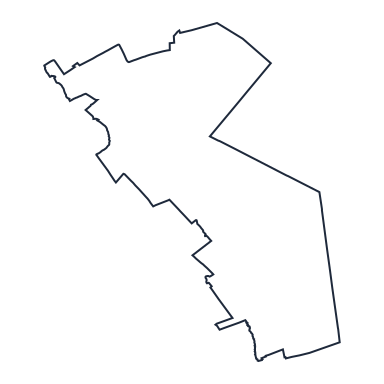 outline of Ripiceni, Botosani, Romania
{"feature_id": "2599482B27796120382468", "entity_name": "Ripiceni", "entity_type": "district", "adm_level": 2, "iso_a3": "ROU", "parent_name": "Romania", "parent_adm1": "Botosani", "projection": "equal_earth", "projection_center": [27.135, 47.902], "detail": "fine", "context": "isolated", "style": "outline", "palette": "slate", "viewbox_px": 384, "rotation_deg": 0, "n_neighbors": 0, "source": "geoboundaries", "source_scale": "gbopen_adm2", "svg_char_len": 5552}
<svg xmlns="http://www.w3.org/2000/svg" viewBox="0 0 384 384"><path d="M339.7,342.3L338.2,329.3L337.9,327.7L332.3,287.9L329.9,269.6L329.8,269.1L329.7,268.2L327.1,249.4L321.9,210.0L322.0,209.4L319.4,192.1L288.1,176.1L287.3,175.8L286.4,175.4L235.6,149.2L220.3,141.4L219.2,140.9L218.4,140.7L209.9,136.4L238.1,102.6L248.0,90.6L249.6,88.7L270.8,63.2L242.7,38.7L230.1,31.0L229.7,30.7L217.0,23.0L191.7,30.2L180.1,32.9L179.3,30.5L177.5,31.8L174.9,34.9L173.8,36.0L174.2,42.7L169.7,43.2L169.8,50.1L167.0,50.5L163.0,51.3L150.4,54.6L147.3,55.6L146.1,56.0L145.4,56.4L143.8,56.8L142.4,57.2L136.0,59.6L133.8,60.3L129.4,62.0L128.8,62.1L128.5,62.0L128.1,61.8L127.7,61.6L127.4,61.3L127.0,60.7L126.6,60.2L126.2,59.3L123.8,53.8L121.6,49.3L119.2,44.8L118.4,44.6L118.1,44.7L117.8,44.8L115.4,46.1L111.8,48.1L107.9,50.3L105.2,51.7L103.3,52.8L96.8,56.2L95.5,57.0L92.8,58.6L79.6,65.4L77.3,63.0L73.0,66.1L73.9,66.7L74.7,67.1L70.5,70.0L64.0,74.2L61.4,70.5L58.7,66.6L55.0,61.3L54.4,60.6L53.9,60.2L53.6,60.2L53.0,60.3L51.3,61.1L49.6,62.1L44.3,65.5L44.5,66.3L44.7,66.7L45.0,67.0L45.2,67.3L45.0,68.5L45.1,69.1L45.3,69.7L45.5,69.8L45.7,70.3L46.1,71.2L46.4,71.9L47.1,72.9L47.4,73.0L47.8,73.5L49.9,76.9L50.0,76.9L50.3,76.8L50.5,76.6L50.9,76.5L51.3,75.9L51.6,75.8L51.9,75.9L52.1,76.0L53.9,76.1L54.8,76.4L55.2,76.6L55.3,76.7L55.3,77.1L55.2,77.3L54.8,77.6L54.3,78.0L54.2,78.1L54.9,79.3L55.2,80.0L56.1,81.8L56.4,82.4L56.7,82.6L57.0,82.8L58.2,83.0L59.2,83.4L59.5,83.6L59.9,84.0L60.9,84.8L61.8,85.8L62.3,86.9L63.4,88.4L63.7,89.1L63.9,89.8L64.3,91.4L64.7,92.4L65.1,93.4L66.0,94.9L66.1,96.3L66.4,96.9L67.0,97.6L67.9,98.2L68.4,98.4L69.2,98.7L68.9,99.1L69.9,101.0L72.1,99.8L73.7,98.8L75.0,98.3L75.7,97.9L77.0,97.5L79.3,96.4L80.8,95.9L83.3,94.6L84.7,94.1L85.7,93.8L85.9,93.8L89.7,96.1L94.4,99.2L95.0,99.5L96.2,100.0L97.2,100.0L94.2,102.7L92.6,104.0L92.3,104.2L91.4,104.5L90.9,104.8L90.7,105.5L90.5,105.8L90.3,106.1L89.4,106.7L88.7,107.4L85.6,110.0L92.6,116.2L92.9,116.6L93.4,118.3L93.4,119.0L95.4,118.8L96.1,118.8L96.5,118.9L97.5,119.2L98.4,119.7L97.4,120.5L99.7,121.8L100.5,122.4L103.6,124.9L105.1,126.0L106.0,127.1L106.7,128.3L107.0,129.2L107.2,130.5L107.8,131.4L108.1,132.0L108.3,133.3L108.4,134.2L108.5,134.4L108.6,134.5L108.8,134.8L108.9,135.4L108.9,135.7L108.7,136.2L108.7,136.3L108.9,136.7L109.3,137.4L109.4,137.6L109.4,138.1L109.1,139.0L109.0,139.5L109.1,139.9L109.7,140.7L109.8,140.9L109.2,142.6L109.3,144.1L109.1,144.8L108.8,145.1L108.4,145.5L108.0,145.8L107.5,146.4L106.3,148.0L104.7,149.2L103.7,149.9L102.5,150.4L101.6,151.1L100.5,152.1L98.6,153.4L97.7,153.7L96.5,154.3L96.3,154.8L96.8,155.4L98.9,158.4L108.0,170.8L110.4,174.6L113.1,178.6L114.4,180.6L115.9,182.5L122.0,175.4L123.4,173.8L124.6,174.2L131.0,180.8L133.1,182.8L135.3,185.4L139.0,189.2L145.3,196.2L147.7,198.8L149.3,200.9L150.6,203.0L153.2,206.4L155.6,205.2L168.2,200.3L169.4,199.7L178.6,209.4L180.4,211.4L182.8,213.9L191.7,223.4L195.6,220.3L196.0,220.1L196.5,220.2L196.6,220.4L196.8,220.9L196.8,221.3L197.0,222.0L197.1,222.6L197.2,223.1L197.3,223.7L197.4,224.0L197.9,224.4L199.2,225.6L200.3,226.8L201.2,228.1L203.0,230.2L203.2,230.8L203.1,231.1L203.2,231.8L205.3,233.8L205.7,234.3L205.7,234.5L205.3,234.9L205.1,235.1L205.0,235.5L205.1,236.1L205.4,236.1L206.2,235.9L206.5,235.9L206.9,236.1L208.2,237.4L208.8,238.2L209.4,238.9L211.2,240.9L192.5,255.3L194.6,257.2L195.9,258.5L200.9,262.8L202.5,264.0L203.0,264.3L203.2,264.5L204.3,265.6L207.2,268.2L212.8,273.8L213.3,274.4L211.5,275.6L209.7,276.6L208.5,276.1L208.2,276.0L207.7,276.0L206.1,276.3L205.9,276.4L205.7,276.6L205.5,276.9L205.5,277.2L205.5,277.5L205.6,277.9L206.3,278.9L206.5,279.3L206.6,279.9L206.6,280.7L206.4,281.2L206.3,281.9L206.4,282.4L206.7,283.0L207.0,283.3L208.5,282.8L208.9,282.9L211.7,286.3L211.5,286.5L210.4,287.5L211.8,289.4L218.6,299.1L232.5,318.0L216.7,323.7L215.5,324.7L216.8,325.6L217.4,326.3L218.6,328.2L219.6,329.7L225.0,327.7L239.0,322.7L245.2,320.2L245.3,320.4L245.5,320.4L245.9,320.9L246.1,321.2L246.1,321.4L246.6,322.0L246.3,322.4L246.4,322.5L246.7,322.7L247.5,322.9L247.5,323.1L247.3,323.4L247.3,323.6L247.0,323.6L246.9,323.7L247.0,323.8L247.8,324.4L247.9,324.6L247.7,324.8L247.4,325.2L247.8,325.5L247.9,326.0L248.3,326.3L248.5,326.2L248.8,326.1L248.9,326.3L249.3,326.5L249.6,326.6L249.6,327.0L249.9,327.5L249.7,328.3L249.9,328.7L249.6,329.1L249.5,329.5L249.3,330.0L249.3,330.3L249.4,330.6L249.6,331.0L250.0,331.2L250.7,331.9L251.1,332.8L251.3,333.1L251.9,333.4L252.0,333.5L252.1,333.9L252.6,334.5L252.7,334.8L252.7,335.0L252.5,335.5L252.5,335.9L252.6,336.3L252.9,336.6L253.2,337.7L253.2,338.4L253.3,338.6L254.0,339.1L253.8,339.4L253.8,339.5L254.0,339.7L254.4,340.9L254.5,341.8L254.3,342.2L254.4,342.5L254.5,342.9L254.6,343.1L254.6,343.3L254.8,343.7L254.9,344.0L255.0,344.2L255.0,344.4L254.9,344.7L254.8,345.0L254.6,345.5L254.8,345.7L255.0,345.7L255.1,345.8L255.2,346.1L254.9,346.5L254.8,346.9L255.0,347.3L255.1,347.6L255.0,347.9L255.0,349.0L254.8,349.1L254.7,349.3L255.0,349.8L255.0,350.0L255.0,350.6L254.8,351.1L254.7,351.4L254.8,351.5L255.2,351.9L255.3,352.1L255.1,352.8L255.3,353.1L255.3,353.3L255.3,353.5L255.4,353.9L255.1,354.3L255.0,354.5L255.4,355.0L255.4,355.5L255.6,355.8L255.6,356.2L255.7,356.5L255.8,357.0L256.1,357.6L256.0,357.8L256.0,358.1L256.1,358.3L256.3,358.5L256.6,358.8L256.6,359.1L257.0,359.2L257.3,359.3L257.3,359.5L257.7,359.9L257.8,360.2L257.6,360.4L257.6,360.6L258.4,361.0L261.8,360.1L261.7,359.6L262.4,359.3L261.6,358.2L265.9,356.5L265.7,355.8L268.7,354.9L282.9,349.4L284.5,357.3L285.5,357.1L285.7,357.3L285.9,358.4L291.8,356.9L299.4,355.4L309.5,352.9L339.7,342.3Z" fill="none" stroke="#1e293b" stroke-width="2"/></svg>